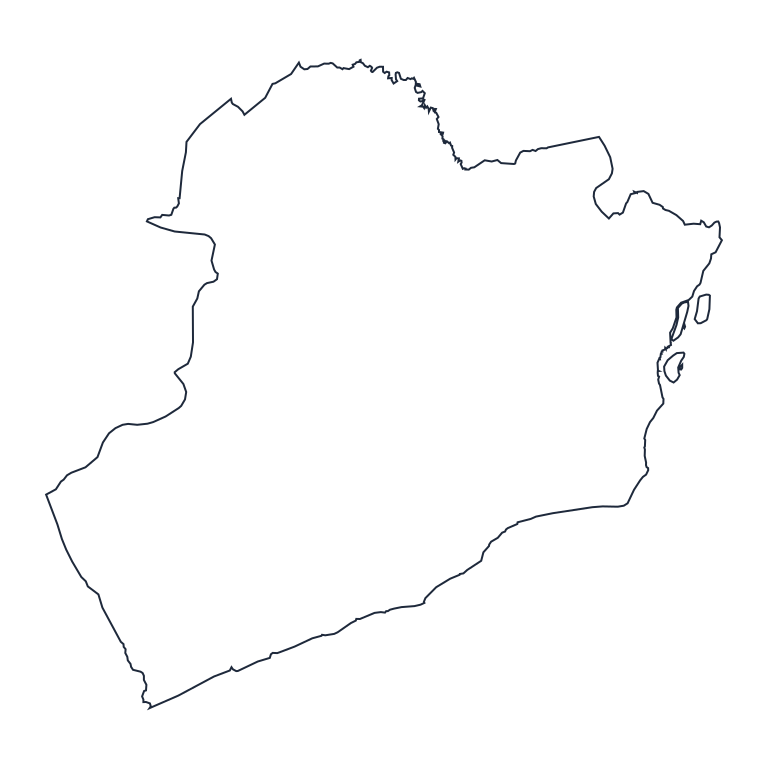 the district of Tanah Bumbu, Kalimantan Selatan, Indonesia
{"feature_id": "22746128B5843223707622", "entity_name": "Tanah Bumbu", "entity_type": "district", "adm_level": 2, "iso_a3": "IDN", "parent_name": "Indonesia", "parent_adm1": "Kalimantan Selatan", "projection": "albers", "projection_center": [115.836, -3.459], "detail": "fine", "context": "isolated", "style": "outline", "palette": "slate", "viewbox_px": 768, "rotation_deg": 0, "n_neighbors": 0, "source": "geoboundaries", "source_scale": "gbopen_adm2", "svg_char_len": 6024}
<svg xmlns="http://www.w3.org/2000/svg" viewBox="0 0 768 768"><path d="M46.1,494.6L57.4,524.4L61.9,539.0L66.2,549.6L72.2,561.6L81.3,577.0L85.8,581.3L87.8,586.4L98.4,594.4L102.4,607.6L120.8,641.8L123.5,644.1L123.7,646.9L125.6,649.2L125.3,653.0L127.3,656.8L127.8,660.4L130.5,663.9L131.1,666.9L133.0,669.8L140.6,671.7L142.6,673.0L143.9,675.8L143.9,680.0L146.4,684.8L146.0,690.4L144.1,691.0L142.1,696.4L143.4,699.6L143.4,702.1L146.0,702.0L149.9,703.4L150.8,706.3L149.6,708.1L178.3,695.6L214.0,676.5L229.8,670.5L231.5,667.2L232.9,669.3L236.2,671.1L237.8,671.0L257.8,661.5L269.8,657.9L270.9,654.3L272.7,652.9L277.3,653.1L280.3,652.0L294.6,646.6L312.3,638.3L321.5,635.8L322.0,634.8L325.3,635.3L334.2,633.9L337.6,632.3L350.8,623.1L355.8,620.6L356.3,618.9L359.9,619.0L374.5,612.9L380.8,612.1L385.0,612.6L386.2,611.1L387.9,611.1L390.0,609.7L394.1,608.6L401.5,607.1L414.5,606.1L420.5,604.7L424.4,602.9L423.9,601.8L425.4,598.1L436.2,587.2L450.2,578.7L459.6,574.8L459.8,574.0L463.4,573.4L467.3,569.9L481.2,560.8L483.4,552.3L489.0,546.0L489.2,544.5L491.1,541.7L497.8,537.8L502.1,532.7L505.1,531.5L506.0,529.5L507.8,528.1L517.3,524.0L517.6,522.3L530.8,518.9L536.0,516.6L552.8,513.2L592.3,507.2L602.6,506.4L617.8,506.7L623.8,505.7L627.6,503.3L634.0,489.8L640.1,480.4L642.9,476.9L646.1,474.6L648.2,470.2L648.1,468.1L646.6,467.1L646.0,465.1L646.1,462.6L644.7,455.9L644.9,449.5L644.3,447.5L644.9,446.4L645.2,440.0L644.3,438.5L646.7,429.0L650.0,422.1L653.3,418.0L657.0,410.6L663.3,403.6L663.5,398.9L662.5,397.4L660.0,385.0L659.0,383.5L658.2,379.6L659.1,376.6L658.0,375.9L657.7,372.9L657.8,371.1L658.7,371.0L658.0,370.7L657.5,362.7L659.1,359.0L659.9,359.2L659.6,357.8L660.4,357.3L660.8,354.0L661.6,353.8L661.2,353.2L661.7,351.6L662.5,351.6L662.5,350.4L665.1,349.5L665.2,348.2L665.8,349.0L665.8,348.0L666.6,348.5L667.5,348.0L667.7,346.9L668.9,347.1L668.8,346.2L671.0,345.0L670.7,343.2L671.5,343.4L670.6,342.8L670.1,332.7L672.8,328.3L676.5,317.4L676.3,309.8L676.9,307.5L681.1,302.7L688.7,300.0L692.3,296.6L694.0,291.0L697.1,286.3L699.5,284.6L700.5,282.9L703.3,270.9L709.3,263.4L711.0,258.5L711.3,254.3L715.6,252.3L721.9,240.2L719.5,237.3L720.0,227.4L719.1,223.2L718.3,221.5L716.5,221.6L714.4,222.6L711.8,225.5L709.0,227.3L706.2,226.5L703.8,222.3L701.2,220.7L700.2,224.2L693.6,223.7L684.8,224.7L683.1,221.0L676.4,215.1L668.9,210.8L665.5,210.0L663.0,208.5L662.8,207.0L659.6,204.8L652.6,202.8L648.4,193.9L643.7,191.1L637.3,191.9L637.1,193.0L634.2,191.7L634.8,193.2L630.7,194.2L627.3,202.1L626.1,203.4L622.9,212.6L619.6,214.6L618.0,213.1L613.4,213.4L608.9,218.5L601.7,211.7L595.8,204.0L593.7,196.5L594.1,191.9L596.2,188.0L608.9,179.2L611.9,173.4L612.6,168.8L610.2,157.2L604.6,145.7L599.0,136.9L548.0,147.4L546.6,148.3L541.2,148.2L537.9,149.1L535.6,151.0L532.6,149.9L530.0,151.2L523.4,150.9L520.2,152.6L515.9,160.5L515.2,163.5L514.0,164.0L501.1,163.1L497.4,160.0L491.7,161.5L484.7,160.3L474.3,167.3L471.0,167.8L468.8,169.6L465.4,169.5L465.6,168.6L464.1,168.2L462.8,168.8L460.7,164.1L461.6,162.6L461.4,160.8L460.2,160.4L458.3,161.7L458.9,158.4L456.5,158.2L455.5,159.5L455.4,156.8L453.3,154.8L454.1,152.5L452.1,147.8L452.2,146.0L451.0,145.5L450.0,142.6L449.1,143.2L446.9,141.3L445.3,143.3L443.9,142.8L443.9,141.3L445.1,141.7L445.2,141.0L444.0,140.0L443.3,140.3L443.4,139.2L442.4,138.6L442.6,136.2L440.6,134.0L440.8,133.4L442.8,133.8L443.1,132.6L439.0,132.0L439.0,130.0L437.9,128.8L438.7,124.2L436.8,119.0L438.5,117.0L436.2,112.7L435.0,112.5L434.8,111.6L435.9,109.0L434.8,108.9L433.5,110.5L432.8,108.1L430.8,107.6L428.9,111.6L428.7,109.0L427.3,106.4L426.1,107.7L424.8,105.2L424.1,108.0L423.2,106.7L420.1,106.4L421.9,105.3L424.5,99.9L423.9,99.6L422.1,101.2L420.4,101.5L418.9,100.3L419.0,98.7L423.0,98.4L424.8,93.2L422.5,90.9L421.3,92.1L417.6,92.9L416.0,91.9L414.7,87.9L415.6,85.3L420.3,86.5L419.6,84.2L415.8,83.6L415.9,81.9L414.0,77.8L413.1,78.8L411.9,78.3L410.6,79.1L407.6,78.0L405.9,80.0L403.7,80.0L400.9,78.8L399.0,72.9L397.3,72.3L395.9,72.9L395.6,74.5L396.0,79.3L397.2,81.1L393.6,83.5L391.6,80.0L391.7,78.0L388.1,78.3L388.4,76.2L389.3,75.3L389.1,72.4L386.6,71.7L384.7,73.0L383.1,71.7L383.0,66.8L379.8,66.7L377.0,67.7L372.6,72.0L371.7,71.8L370.9,70.7L372.1,67.9L371.5,66.9L369.8,65.8L367.9,67.2L364.9,65.8L362.9,63.2L360.8,62.2L360.6,59.9L359.7,60.3L359.3,61.9L356.4,62.3L355.1,63.9L352.7,64.7L353.5,66.7L349.1,69.1L343.5,68.1L342.5,69.2L339.6,67.5L337.2,67.5L332.7,63.4L330.7,62.9L328.7,63.7L324.1,63.6L317.9,66.4L310.4,66.5L307.5,69.0L304.3,69.3L300.5,66.7L298.9,62.6L291.1,74.0L275.3,83.3L272.5,83.9L265.2,97.8L244.4,114.8L242.6,111.4L238.0,106.8L232.8,104.0L231.8,102.6L231.0,98.8L200.0,124.1L186.5,141.9L185.9,152.3L182.2,171.0L179.6,198.2L178.2,198.2L178.9,203.4L177.2,206.6L175.9,207.7L174.3,207.7L173.4,208.8L171.3,214.8L169.0,215.5L162.2,214.9L160.4,217.4L154.6,217.2L147.9,219.2L146.9,221.4L160.6,227.5L174.7,231.5L204.7,234.5L208.6,236.1L211.1,238.2L214.9,244.5L211.5,260.6L214.1,269.5L215.5,272.0L217.8,273.6L217.0,279.2L213.5,281.7L207.0,283.1L204.4,284.7L198.9,291.3L197.3,298.5L192.8,306.6L193.0,342.4L190.8,356.7L187.8,363.7L178.3,369.2L174.7,372.2L174.8,373.3L183.4,384.0L186.2,392.0L185.0,399.4L181.2,405.9L178.8,408.0L165.6,416.5L153.1,422.1L147.5,423.7L137.2,424.8L128.1,423.9L122.6,424.8L115.5,428.1L109.0,433.3L102.9,442.5L97.5,457.1L85.5,467.3L71.4,472.7L67.0,475.3L63.7,479.6L60.9,481.6L55.9,489.3L46.1,494.6ZM673.6,382.5L677.1,379.6L679.7,375.1L678.6,372.8L678.2,367.5L681.2,360.7L683.8,356.9L684.4,353.8L683.5,352.6L676.8,353.1L673.1,355.6L667.7,360.2L664.1,366.6L664.4,371.1L665.9,375.6L669.8,380.6L673.6,382.5ZM700.7,323.2L706.4,320.2L707.2,319.1L709.4,309.2L709.9,295.6L708.8,294.8L706.2,294.6L699.8,296.5L698.6,298.5L697.0,311.2L694.7,319.1L697.9,323.3L700.7,323.2ZM673.4,340.7L678.1,337.4L680.6,334.3L687.2,312.0L688.5,305.9L688.0,301.9L684.4,302.4L681.8,303.6L677.9,308.0L678.2,317.5L676.5,324.9L671.7,338.2L671.8,339.6L673.4,340.7ZM681.2,369.5L682.2,367.9L682.2,364.7L679.7,367.4L680.2,369.4L681.2,369.5ZM684.3,328.4L685.1,326.7L684.5,324.7L683.4,327.2L684.3,328.4Z" fill="none" stroke="#1e293b" stroke-width="2"/></svg>